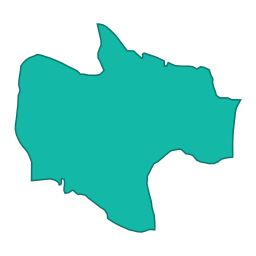 Qafl Shammar, Hajjah, Yemen (Natural Earth projection)
{"feature_id": "15242507B49516524141793", "entity_name": "Qafl Shammar", "entity_type": "district", "adm_level": 2, "iso_a3": "YEM", "parent_name": "Yemen", "parent_adm1": "Hajjah", "projection": "natural_earth1", "projection_center": [43.357, 15.907], "detail": "fine", "context": "isolated", "style": "filled", "palette": "teal", "viewbox_px": 256, "rotation_deg": 0, "n_neighbors": 0, "source": "geoboundaries", "source_scale": "gbopen_adm2", "svg_char_len": 2576}
<svg xmlns="http://www.w3.org/2000/svg" viewBox="0 0 256 256"><path d="M97.3,24.0L101.1,40.7L101.1,45.1L99.4,49.1L98.0,53.1L98.1,58.0L100.1,61.4L102.0,65.9L104.0,70.5L100.2,74.4L96.2,75.3L92.3,75.3L91.8,75.3L88.4,75.2L84.3,74.3L82.0,74.2L80.4,74.2L77.3,71.0L73.3,68.9L69.2,67.0L65.2,64.9L64.5,64.5L60.7,62.6L58.7,61.7L56.5,60.7L52.8,59.2L49.2,57.8L45.4,56.7L41.4,55.3L37.3,54.5L35.2,55.5L33.6,56.3L29.8,57.6L26.3,59.8L23.4,62.6L21.0,65.9L20.5,70.5L19.7,75.4L19.0,80.2L18.8,84.9L20.1,90.6L18.3,95.5L18.1,100.8L17.9,105.4L17.2,110.8L16.8,115.4L16.2,120.2L15.5,125.0L15.5,125.5L15.4,129.6L16.3,134.2L18.0,138.4L20.2,142.7L22.8,146.4L25.5,149.5L28.0,152.9L30.1,157.6L31.7,162.1L31.5,180.7L50.2,178.8L54.7,180.0L55.0,180.1L58.2,182.1L59.0,183.4L58.9,184.1L59.1,184.6L59.4,184.9L60.0,184.8L60.7,184.4L61.3,183.5L61.4,182.7L61.4,181.2L61.1,179.4L61.7,178.7L64.2,179.3L64.5,181.6L64.5,183.0L64.5,184.0L64.4,186.0L64.1,187.3L64.0,189.3L64.0,190.3L64.8,192.7L65.2,193.2L67.9,192.8L69.1,192.4L72.7,190.0L75.2,192.2L77.0,193.7L77.9,194.4L80.3,194.2L82.5,194.6L85.6,195.2L88.5,198.2L88.7,198.3L94.1,202.3L100.5,207.3L104.7,210.0L107.3,214.1L107.7,218.4L109.1,219.4L112.8,221.8L117.0,224.2L121.5,226.4L122.2,226.7L122.8,226.9L125.3,228.0L129.3,229.8L133.1,230.6L137.0,231.6L141.4,232.0L145.4,231.0L146.6,230.5L149.1,229.5L153.1,229.6L154.2,229.8L154.7,229.9L154.8,228.2L154.8,223.9L154.6,219.5L154.2,215.2L152.9,211.0L151.8,206.5L151.3,201.7L150.1,197.4L149.8,196.4L148.9,192.7L147.8,188.2L146.9,183.7L147.2,180.1L147.4,178.7L147.2,176.3L150.2,170.7L151.2,168.4L154.0,163.5L157.6,161.8L158.6,161.0L163.2,157.0L169.7,151.6L172.0,150.4L174.7,150.0L178.4,149.2L181.3,149.3L185.8,153.7L189.1,154.2L189.9,154.4L192.7,155.3L196.8,160.2L200.6,161.9L204.7,162.6L209.3,163.6L213.8,163.5L218.2,161.7L221.2,159.2L225.0,158.2L228.8,157.5L232.5,157.3L232.8,155.9L232.7,151.0L232.6,146.1L232.7,141.3L232.9,136.2L233.2,131.4L233.8,126.4L234.2,122.1L234.9,116.6L235.3,112.2L236.4,107.8L238.6,103.6L240.6,99.9L239.5,99.9L235.5,99.8L231.4,99.6L227.8,97.9L223.9,97.9L219.8,97.9L219.4,97.6L216.3,95.4L215.4,91.9L213.6,87.2L212.6,82.6L212.8,78.7L212.5,78.1L210.6,74.6L209.3,69.9L204.5,67.5L203.9,67.4L200.5,66.7L196.7,69.1L192.5,66.6L188.5,66.2L184.6,66.2L184.0,66.2L179.8,66.1L175.9,65.8L171.9,64.4L168.2,62.5L166.8,66.1L164.2,65.8L164.2,61.0L160.7,59.3L156.8,57.4L144.1,53.1L142.6,54.1L142.6,57.9L142.1,58.5L141.6,58.2L133.5,51.0L133.2,51.0L127.1,50.7L120.8,42.4L118.4,39.0L115.7,35.7L112.8,32.6L109.5,29.5L106.5,26.9L102.9,24.9L98.7,24.0L97.3,24.0Z" fill="#14b8a6" stroke="#0f766e" stroke-width="1.5"/></svg>